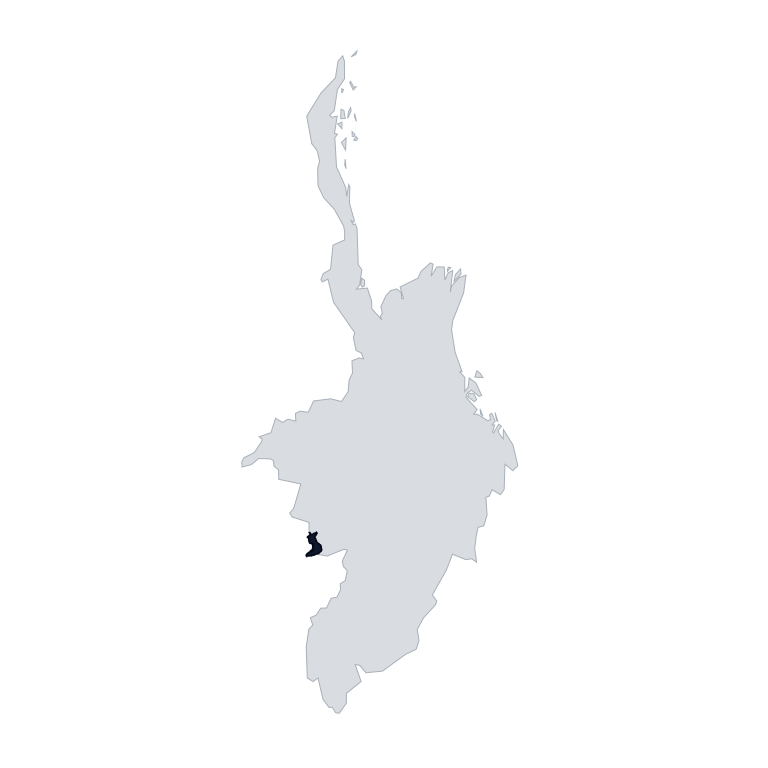 location of Laukkaing, Shan, Myanmar, rotated 183°
{"feature_id": "60261553B25476839208576", "entity_name": "Laukkaing", "entity_type": "district", "adm_level": 2, "iso_a3": "MMR", "parent_name": "Myanmar", "parent_adm1": "Shan", "projection": "robinson", "projection_center": [98.649, 23.808], "detail": "fine", "context": "in_parent", "style": "filled", "palette": "ink", "viewbox_px": 768, "rotation_deg": 183, "n_neighbors": 0, "source": "geoboundaries", "source_scale": "gbopen_adm2", "svg_char_len": 7654}
<svg xmlns="http://www.w3.org/2000/svg" viewBox="0 0 768 768"><g transform="rotate(183 384 384)"><path d="M490.5,344.1L483.4,340.3L478.1,343.8L470.1,342.4L470.9,350.0L466.4,352.5L458.2,351.8L453.4,363.4L436.5,366.4L425.5,364.3L419.4,374.5L419.0,386.3L416.0,393.3L417.2,405.5L410.1,408.8L405.7,408.0L408.1,413.7L413.7,416.1L417.0,428.7L415.9,433.7L438.6,462.9L445.5,485.8L450.9,482.7L452.5,485.0L450.4,491.1L443.4,495.7L442.2,520.0L430.9,525.8L431.2,533.9L432.6,539.7L442.7,555.8L454.0,566.9L460.3,578.7L461.5,595.9L459.9,603.1L462.9,613.4L468.7,620.2L475.2,647.5L462.0,671.5L448.5,687.3L446.8,704.0L442.4,709.6L440.4,704.3L439.4,686.8L445.9,675.7L448.0,654.2L452.2,649.7L450.0,647.6L444.7,649.0L446.6,631.7L443.6,631.0L446.0,627.3L442.8,598.4L432.5,578.1L431.1,569.3L429.6,581.2L428.4,578.8L428.0,562.9L422.1,545.4L422.7,543.9L425.5,545.4L423.0,541.5L420.9,542.4L419.1,538.1L416.0,502.0L412.1,496.8L413.6,481.3L416.5,477.3L405.6,478.9L400.6,465.8L400.2,458.6L389.4,447.7L391.2,451.2L389.4,454.8L391.2,460.9L386.7,472.3L382.3,477.5L376.3,479.6L371.7,476.4L370.7,470.3L368.9,470.2L373.0,481.7L355.6,491.5L352.9,498.4L343.9,507.4L341.2,506.2L342.6,494.1L337.3,503.7L330.0,504.0L328.6,491.0L325.6,498.6L321.3,500.9L322.7,479.3L321.5,485.6L314.5,494.2L307.8,497.0L309.3,479.1L318.6,451.0L319.4,441.8L314.6,419.3L306.7,400.4L309.0,400.1L303.6,394.7L303.0,380.7L299.7,385.7L299.3,394.5L292.4,389.9L285.9,377.8L288.6,376.6L296.1,382.4L300.4,379.2L301.5,375.2L289.7,363.3L292.7,358.5L288.8,358.6L278.6,352.9L275.7,353.9L277.0,359.0L274.8,360.4L271.0,352.7L273.9,348.9L271.4,348.8L273.1,341.9L272.1,340.9L267.3,349.9L264.5,347.8L267.6,343.3L266.4,340.6L262.1,335.3L262.4,344.8L252.0,329.8L246.1,309.4L250.8,304.2L259.0,310.2L258.5,285.0L262.0,279.6L270.5,284.1L272.9,277.7L276.3,276.1L274.2,258.7L276.9,247.6L282.6,245.7L284.0,236.7L284.8,224.5L282.2,210.9L287.3,214.1L293.1,212.9L306.7,217.6L311.9,201.7L324.7,175.9L320.0,170.0L320.9,166.3L332.2,152.7L338.0,140.6L335.6,129.7L338.0,120.8L348.3,115.2L370.5,97.2L386.9,94.7L393.6,101.8L398.1,102.4L391.3,85.7L405.3,73.2L404.9,63.2L411.5,52.8L415.1,53.2L418.5,58.3L422.1,58.3L428.4,65.9L434.5,87.0L439.2,83.2L445.2,86.2L447.9,117.3L446.2,135.3L442.5,139.5L445.3,146.9L439.5,149.6L435.5,156.8L429.7,157.3L425.6,167.2L419.8,168.7L416.6,176.4L417.3,182.2L412.5,185.6L410.9,195.7L415.1,199.7L416.3,205.0L411.9,216.3L415.6,216.8L431.8,209.2L443.1,210.7L450.8,208.9L446.0,216.5L450.7,226.5L451.7,241.9L468.7,246.3L471.4,250.2L467.7,254.9L461.8,279.8L484.1,283.3L484.8,292.8L489.6,296.3L490.3,301.6L493.3,303.3L505.3,303.0L512.3,296.5L521.4,293.7L521.9,299.1L519.9,303.1L510.0,308.7L503.2,320.1L502.8,322.6L505.9,324.8L494.4,329.4L490.5,344.1ZM292.8,371.1L299.9,375.7L298.5,379.1L294.0,379.3L290.6,373.3L292.8,371.1ZM434.6,615.6L439.2,622.9L434.7,627.8L434.6,615.6ZM291.9,402.1L288.2,399.4L285.6,395.6L293.6,395.7L291.9,402.1ZM441.2,646.7L441.3,656.1L438.4,655.1L436.6,647.1L441.2,646.7ZM318.4,496.9L313.6,502.9L312.9,497.7L319.5,490.2L318.4,496.9ZM411.8,488.5L408.9,486.7L408.5,481.1L410.8,479.6L412.6,482.3L411.8,488.5ZM431.8,658.3L431.1,655.1L434.2,647.4L433.7,654.2L431.8,658.3ZM430.1,676.0L434.0,683.1L433.3,684.5L429.7,678.9L427.4,679.3L430.1,676.0ZM443.9,641.3L439.7,643.3L439.4,636.7L443.9,641.3ZM433.9,709.0L428.5,715.2L429.2,711.7L433.9,709.0ZM269.7,353.7L271.6,361.4L268.3,352.3L269.7,353.7ZM434.7,600.7L434.5,606.5L433.2,597.0L434.7,600.7ZM286.0,359.2L286.7,364.1L283.6,357.1L286.0,359.2ZM429.1,634.4L426.0,631.5L427.1,629.3L428.7,629.8L429.1,634.4ZM426.9,625.9L424.9,629.8L423.0,627.4L424.6,625.7L426.9,625.9ZM427.4,649.2L427.5,652.6L425.2,644.7L427.4,649.2ZM325.8,504.0L323.5,503.8L326.5,499.9L326.8,501.4L325.8,504.0ZM441.8,676.6L439.8,676.0L441.3,672.2L441.8,676.6Z" fill="#d9dde1" stroke="#a8b0b8" stroke-width="1"/><path d="M443.2,224.0L443.3,224.1L443.5,224.3L443.8,224.7L443.9,224.8L443.9,225.0L444.0,225.1L444.1,225.3L444.2,225.5L444.2,225.9L444.3,225.9L444.4,226.1L444.5,226.3L444.7,226.5L444.8,226.9L444.9,227.2L445.0,227.5L445.1,227.8L444.9,228.2L444.8,228.4L444.7,228.6L444.5,228.8L444.3,228.9L444.1,229.0L444.1,229.6L444.0,229.8L443.8,230.2L443.6,230.4L443.5,230.6L443.4,230.9L443.1,231.1L443.0,231.5L443.2,231.8L443.4,231.9L443.7,232.2L443.8,232.4L444.1,232.1L444.4,231.9L444.6,231.7L445.0,231.6L445.2,231.4L445.5,231.4L445.9,231.2L446.2,231.0L446.5,231.0L446.7,230.8L446.9,230.6L447.1,230.5L447.3,230.3L447.5,230.1L447.6,229.9L447.8,229.8L448.0,229.7L448.4,229.6L448.7,229.6L448.8,229.6L449.0,229.6L449.0,229.9L449.0,230.2L449.1,230.5L449.5,230.7L449.8,230.8L449.9,231.0L449.9,231.3L450.0,231.6L450.3,231.8L450.6,231.7L450.3,231.4L450.3,231.2L450.3,230.8L450.1,230.5L450.0,230.3L450.0,230.0L449.9,229.8L449.8,229.5L450.1,229.3L450.2,229.0L450.4,228.9L450.6,228.8L450.8,228.6L450.9,228.4L451.0,228.2L451.4,228.2L451.6,228.1L451.8,227.9L452.0,227.8L452.2,227.6L452.4,227.4L452.5,227.2L452.5,226.8L452.3,226.7L452.2,226.6L451.9,226.5L451.7,226.4L451.3,226.1L451.2,225.9L451.2,225.6L451.1,225.3L451.1,225.1L451.0,224.8L451.0,224.5L450.9,224.2L450.5,224.1L450.4,224.0L450.3,223.5L450.4,223.3L450.5,223.0L450.7,222.9L450.5,222.6L450.4,222.4L450.2,222.0L450.1,221.9L449.9,221.6L450.0,221.4L449.9,221.3L449.7,221.1L449.4,220.9L449.1,221.0L448.8,221.0L448.5,221.0L448.2,220.9L447.8,220.6L447.5,220.6L447.4,220.5L447.1,220.5L446.9,220.6L446.7,220.8L446.5,220.7L446.4,220.4L446.2,220.2L445.9,220.1L446.0,219.8L446.4,219.9L446.5,219.7L446.7,219.4L446.8,219.0L446.8,218.7L446.7,218.6L446.5,218.3L446.6,218.2L446.7,217.8L446.6,217.7L446.6,217.2L446.4,217.0L446.3,216.9L446.4,216.7L446.2,216.5L446.1,216.3L446.2,216.1L446.3,216.0L446.4,215.8L446.5,215.6L446.7,215.4L446.8,215.4L446.7,215.1L446.7,214.9L446.4,214.8L446.2,214.8L446.0,214.7L446.1,214.3L446.2,214.2L446.4,214.1L446.6,213.9L446.7,213.6L446.8,213.7L447.1,213.9L447.3,214.1L447.5,214.2L447.8,214.2L448.0,214.0L448.0,213.8L448.3,213.8L448.3,213.6L448.5,213.3L448.8,213.3L448.8,213.2L448.7,212.8L448.6,212.7L448.8,212.5L448.9,212.2L449.4,212.2L449.7,212.3L449.9,212.3L450.0,212.0L450.1,211.8L450.3,211.6L450.5,211.5L450.8,211.4L451.2,211.2L451.7,210.8L451.8,210.5L451.8,210.3L451.9,210.1L452.3,209.9L452.5,209.7L452.7,209.4L452.8,209.1L452.6,209.0L452.6,208.9L452.6,208.6L452.5,208.3L452.3,207.7L452.1,207.6L452.0,207.8L451.8,208.0L451.6,208.2L451.3,208.5L451.1,208.5L450.9,208.6L450.6,208.4L450.3,208.3L450.1,208.3L449.8,208.4L449.4,208.4L449.0,208.5L448.8,208.5L448.6,208.6L448.3,208.6L448.2,208.6L447.9,208.6L447.6,208.6L447.4,208.5L447.2,208.5L446.9,208.8L446.8,209.0L446.7,209.2L446.5,209.3L446.2,209.5L445.8,209.5L445.4,209.3L445.2,209.3L444.8,209.5L444.5,209.6L444.3,209.9L444.0,210.1L443.7,210.1L443.4,210.2L443.3,210.3L443.2,210.4L442.9,210.5L442.7,210.7L442.5,210.8L442.4,210.8L442.2,210.8L441.9,210.9L441.9,211.1L441.6,211.2L441.5,211.3L441.4,211.3L441.3,211.2L441.2,211.1L440.9,211.1L440.7,211.1L440.4,211.3L440.2,211.5L440.1,211.8L439.9,212.0L439.7,212.2L439.6,212.3L439.4,212.5L439.2,212.8L438.9,213.0L438.7,213.1L438.6,213.3L438.4,213.4L438.3,213.5L438.2,213.6L438.0,213.8L437.9,213.9L437.9,214.0L437.8,214.3L437.7,214.5L437.5,214.8L437.5,215.0L437.7,215.6L437.7,216.2L437.8,216.3L437.9,216.7L438.1,217.0L438.1,217.6L438.2,217.9L438.2,218.0L438.3,218.6L438.5,218.7L438.5,218.8L438.5,219.0L438.6,219.3L438.6,219.5L438.8,219.7L438.9,219.8L439.0,219.9L439.2,220.0L439.3,220.1L439.5,220.2L439.6,220.3L439.8,220.4L440.0,220.5L440.2,220.8L440.3,220.9L440.4,221.0L440.6,221.1L440.9,221.2L441.0,221.4L441.9,221.8L442.1,221.9L442.2,222.0L442.3,222.1L442.5,222.2L442.6,222.3L442.8,222.6L442.8,222.8L442.9,223.0L443.0,223.2L443.1,223.4L443.2,223.5L443.2,223.9L443.2,224.0L443.2,224.0Z" fill="#0f172a" stroke="#020617" stroke-width="1.5"/></g></svg>